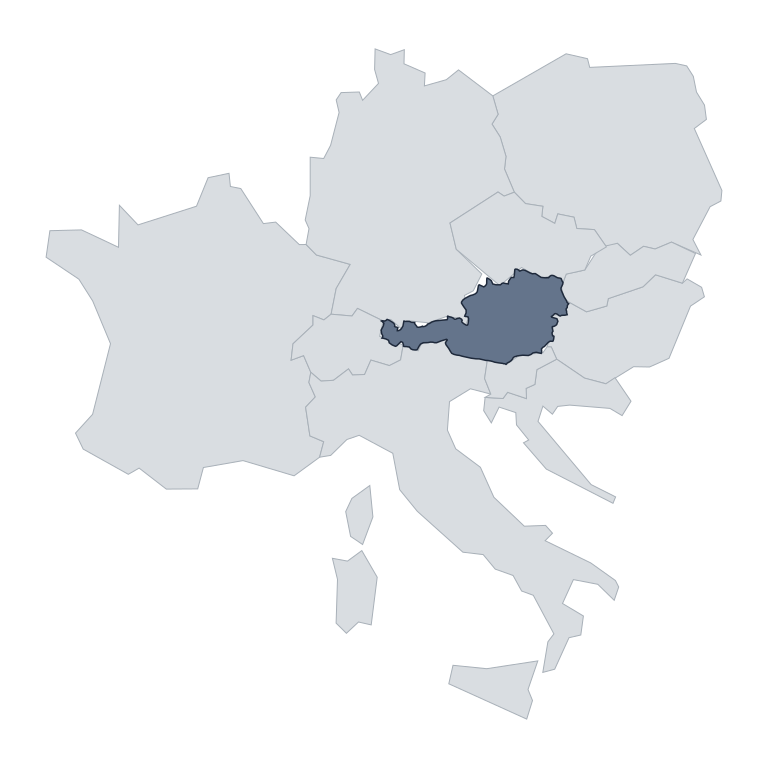 Austria shown with its bordering countries
{"feature_id": "AUT", "entity_name": "Austria", "entity_type": "country or territory", "adm_level": 0, "iso_a3": "AUT", "parent_name": "Europe", "parent_adm1": "", "projection": "orthographic", "projection_center": [13.446, 47.7], "detail": "fine", "context": "with_neighbors", "style": "filled", "palette": "slate", "viewbox_px": 768, "rotation_deg": 0, "n_neighbors": 10, "source": "natural_earth", "source_scale": "50m", "svg_char_len": 8235}
<svg xmlns="http://www.w3.org/2000/svg" viewBox="0 0 768 768"><path d="M306.1,244.5L316.4,255.0L350.2,264.4L336.2,288.5L331.1,314.2L323.9,319.9L313.0,315.6L313.0,325.0L293.0,343.8L291.1,360.2L303.6,355.6L310.8,372.3L308.9,382.5L315.3,396.9L305.6,407.2L309.9,435.9L323.7,441.7L319.6,457.2L294.1,475.8L243.0,460.6L203.4,467.5L197.7,488.9L166.3,489.1L139.1,468.1L128.3,474.3L83.2,449.1L75.5,433.1L92.6,414.3L110.5,343.7L92.7,301.0L78.9,279.2L46.1,257.2L49.9,230.7L81.5,229.9L118.5,247.3L119.4,205.3L138.0,224.9L196.5,206.2L208.1,177.7L229.0,173.3L230.4,186.5L240.8,188.6L263.4,223.6L275.7,222.1L299.3,244.6L306.1,244.5ZM351.9,498.4L369.8,485.5L372.9,516.9L362.6,544.5L350.6,536.4L345.7,511.6L351.9,498.4Z" fill="#d9dde1" stroke="#a8b0b8" stroke-width="1"/><path d="M693.3,76.3L696.5,92.1L704.5,105.1L706.4,119.4L694.3,128.5L721.9,190.5L720.9,201.0L710.1,206.7L692.9,239.5L700.9,255.0L671.5,242.1L655.1,249.0L643.6,246.3L630.3,255.3L617.3,243.3L607.9,249.0L594.4,229.6L576.8,228.5L574.0,217.2L557.8,213.9L554.8,223.4L541.8,216.4L542.9,206.3L525.5,203.6L514.3,192.2L504.5,169.0L506.0,156.4L500.2,137.0L492.0,124.1L498.1,114.3L492.8,95.9L566.1,53.8L587.5,58.7L589.7,67.4L675.3,63.4L686.7,65.9L693.3,76.3Z" fill="#d9dde1" stroke="#a8b0b8" stroke-width="1"/><path d="M687.1,278.9L701.6,287.3L704.4,296.8L690.5,306.1L669.0,358.3L649.5,367.0L633.6,366.7L605.9,383.8L584.5,378.1L556.7,359.2L551.3,347.0L547.1,346.8L554.5,322.9L549.4,315.2L563.2,314.6L564.4,299.6L586.5,311.8L606.8,306.0L608.3,298.6L643.0,286.8L655.5,274.8L682.4,283.2L687.1,278.9Z" fill="#d9dde1" stroke="#a8b0b8" stroke-width="1"/><path d="M492.8,95.9L498.1,114.3L492.0,124.1L500.2,137.0L506.0,156.4L504.5,169.0L514.3,192.2L504.1,196.1L498.0,192.0L450.0,223.0L456.3,249.3L481.8,274.0L473.3,290.8L464.5,295.4L467.9,319.3L465.5,325.5L457.9,317.9L446.1,316.6L428.4,322.8L406.7,320.6L402.8,330.1L390.7,319.4L383.2,321.0L357.5,308.4L352.0,316.0L331.1,314.2L336.2,288.5L350.2,264.4L316.4,255.0L306.1,244.5L309.0,228.6L305.2,220.0L310.2,195.7L310.2,157.2L323.7,158.5L330.6,145.3L339.1,112.5L336.2,99.9L341.1,92.6L359.3,92.0L362.6,100.3L378.5,83.4L374.6,69.5L375.1,48.9L390.6,54.6L404.3,49.7L404.0,63.8L425.1,73.0L424.4,85.9L446.3,79.7L458.5,69.9L492.8,95.9Z" fill="#d9dde1" stroke="#a8b0b8" stroke-width="1"/><path d="M556.7,359.2L584.5,378.1L605.9,383.8L615.0,377.7L631.0,401.2L622.1,415.6L609.9,408.4L569.7,405.1L557.7,406.4L552.4,414.2L542.9,406.1L538.0,421.4L591.1,484.6L615.6,496.9L613.0,503.3L546.3,469.1L523.5,442.8L528.7,440.0L516.5,424.9L515.8,412.6L499.1,407.1L491.3,422.9L483.7,410.7L485.1,397.4L503.0,398.5L507.6,392.3L526.5,398.6L526.1,388.4L534.9,384.4L536.9,369.6L556.7,359.2Z" fill="#d9dde1" stroke="#a8b0b8" stroke-width="1"/><path d="M383.2,321.0L379.6,336.3L403.2,345.0L400.6,359.9L389.3,365.6L370.9,360.1L364.6,374.5L352.5,375.0L348.5,368.9L333.5,380.3L321.1,381.1L310.8,372.3L303.6,355.6L291.1,360.2L293.0,343.8L313.0,325.0L313.0,315.6L323.9,319.9L331.1,314.2L352.0,316.0L357.5,308.4L383.2,321.0Z" fill="#d9dde1" stroke="#a8b0b8" stroke-width="1"/><path d="M403.2,345.0L418.2,350.8L421.3,343.9L446.0,338.1L451.4,350.9L487.3,360.5L484.6,378.5L490.8,394.1L470.4,388.8L449.5,401.6L447.4,430.1L455.7,448.8L480.4,467.3L493.9,497.3L524.3,526.2L545.6,525.4L552.5,533.2L545.1,540.7L590.7,562.9L615.4,580.5L618.7,587.0L614.2,600.3L597.8,584.3L573.4,579.6L562.5,603.5L583.4,616.0L580.8,635.0L569.0,637.7L554.7,669.2L542.8,672.4L547.9,641.8L553.9,633.9L533.3,595.3L521.6,591.0L513.1,575.5L495.2,569.1L483.2,554.6L462.9,552.2L417.3,511.3L399.7,489.7L392.8,453.3L359.2,435.3L346.9,439.5L330.7,455.4L319.6,457.2L323.7,441.7L309.9,435.9L305.6,407.2L315.3,396.9L308.9,382.5L310.8,372.3L321.1,381.1L333.5,380.3L348.5,368.9L352.5,375.0L364.6,374.5L370.9,360.1L389.3,365.6L400.6,359.9L403.2,345.0ZM486.7,668.7L537.8,660.9L528.0,689.5L532.5,700.5L526.7,719.1L448.8,683.8L453.0,665.3L486.7,668.7ZM347.5,561.1L361.8,550.6L377.2,577.2L371.2,624.9L358.5,622.0L346.4,633.3L336.1,623.1L337.5,579.4L332.4,558.3L347.5,561.1Z" fill="#d9dde1" stroke="#a8b0b8" stroke-width="1"/><path d="M487.3,360.5L508.1,363.2L520.6,354.6L542.6,353.1L547.1,346.8L551.3,347.0L556.7,359.2L536.9,369.6L534.9,384.4L526.1,388.4L526.5,398.6L507.6,392.3L503.0,398.5L485.1,397.4L490.8,394.1L484.6,378.5L487.3,360.5Z" fill="#d9dde1" stroke="#a8b0b8" stroke-width="1"/><path d="M695.5,253.5L682.4,283.2L655.5,274.8L643.0,286.8L608.3,298.6L606.8,306.0L586.5,311.8L564.4,299.6L561.4,287.0L566.2,274.1L584.8,270.0L599.4,247.4L617.3,243.3L630.3,255.3L643.6,246.3L655.1,249.0L671.5,242.1L695.5,253.5Z" fill="#d9dde1" stroke="#a8b0b8" stroke-width="1"/><path d="M514.3,192.2L525.5,203.6L542.9,206.3L541.8,216.4L554.8,223.4L557.8,213.9L574.0,217.2L576.8,228.5L594.4,229.6L606.4,246.9L590.8,256.1L584.8,270.0L566.2,274.1L563.1,282.3L551.7,275.9L540.5,278.2L521.5,267.5L499.8,285.6L456.3,249.3L450.0,223.0L498.0,192.0L504.1,196.1L514.3,192.2Z" fill="#d9dde1" stroke="#a8b0b8" stroke-width="1"/><path d="M381.1,330.2L383.3,325.9L383.9,323.2L382.2,321.5L381.4,321.0L382.1,320.7L384.6,321.1L386.2,320.3L387.1,319.4L389.3,320.3L392.4,322.2L393.9,323.4L394.5,324.4L394.8,325.1L394.6,326.4L395.3,326.9L396.9,327.2L397.9,327.6L397.4,329.3L397.3,330.7L398.7,330.6L400.6,329.6L402.0,327.7L403.0,325.9L403.8,321.4L404.0,321.0L405.1,321.4L409.4,321.4L411.5,322.3L414.7,322.5L414.6,323.2L415.2,324.4L416.5,326.0L417.2,327.1L418.7,327.3L421.1,326.8L422.4,326.2L422.9,326.7L425.1,326.3L427.0,325.1L427.5,324.1L429.4,323.5L432.0,321.9L435.6,320.8L447.1,319.7L447.6,318.7L447.5,316.4L447.8,316.1L449.2,316.7L451.6,317.3L453.3,318.1L454.5,319.2L455.6,319.2L457.2,318.5L459.5,318.0L461.6,319.2L462.2,320.3L461.8,320.9L461.8,321.9L462.5,322.7L464.2,324.0L466.4,325.2L467.5,325.1L468.0,324.0L468.4,321.4L468.6,318.6L468.1,317.0L466.9,316.6L465.5,316.5L464.7,316.2L465.0,315.3L466.1,313.0L466.1,310.0L463.6,306.5L461.5,303.2L461.5,302.1L462.8,300.1L464.8,298.5L469.4,296.0L470.8,295.4L472.6,295.0L475.2,293.9L476.5,292.8L477.3,291.6L478.5,285.4L478.8,285.1L479.2,284.8L483.8,286.9L484.2,286.6L484.9,286.2L486.4,284.5L486.7,283.3L486.7,280.9L486.8,278.7L487.1,278.0L487.8,278.2L489.7,279.4L491.3,280.7L492.8,284.0L496.2,284.8L500.5,284.8L502.0,283.4L503.4,283.0L505.0,283.4L508.3,283.9L508.6,281.2L510.5,278.4L511.4,277.4L513.8,277.5L514.3,275.4L514.8,269.7L515.3,269.1L517.1,269.2L518.9,270.2L519.4,271.0L520.3,270.9L521.6,270.3L523.0,269.9L525.2,270.4L530.0,272.9L532.4,273.8L534.0,273.6L535.4,273.6L541.1,277.4L545.1,277.8L548.6,277.7L549.7,276.4L551.2,275.4L552.8,275.4L554.2,275.9L557.0,277.5L558.2,277.9L559.9,278.1L561.1,278.5L562.3,281.4L563.0,282.2L562.9,282.6L562.8,284.0L562.0,285.8L561.0,288.1L561.2,290.1L564.1,296.8L566.6,300.9L567.1,302.5L568.7,303.7L567.4,305.3L567.2,307.6L566.3,308.6L566.1,310.0L566.6,311.1L566.6,312.6L567.2,314.7L565.0,315.2L562.2,315.3L561.3,315.4L560.4,316.0L559.4,315.8L556.9,314.0L555.5,313.6L554.5,313.8L553.8,314.6L552.6,315.7L551.4,316.5L551.7,317.2L556.9,318.7L557.9,321.3L557.0,323.6L556.7,324.6L555.6,325.5L554.1,326.3L552.4,326.6L552.2,327.7L553.0,331.2L552.5,331.9L552.0,333.0L552.6,335.8L553.7,336.0L554.0,336.6L553.8,337.8L553.7,339.0L553.3,340.3L553.2,340.9L552.4,341.3L550.1,341.2L548.2,342.4L544.4,346.5L543.0,347.2L541.5,348.8L541.7,352.3L541.5,352.6L541.2,353.4L536.4,352.3L536.2,352.3L533.0,352.9L530.9,354.5L528.3,355.5L522.7,355.2L517.2,355.9L516.0,356.4L514.6,356.7L513.3,357.6L512.5,359.0L511.2,360.6L509.3,362.0L507.2,363.0L506.7,363.9L506.0,364.4L504.9,363.7L503.9,363.8L502.8,363.4L498.9,362.9L494.7,362.2L492.7,361.5L490.4,360.9L487.9,360.5L485.7,360.4L484.6,360.1L479.3,358.9L475.8,358.8L471.2,358.2L462.1,356.2L459.5,355.4L456.9,355.1L454.0,354.4L451.7,353.3L450.3,351.2L448.7,348.4L446.0,344.7L445.4,342.9L446.3,341.3L447.2,340.1L447.1,339.6L446.4,339.3L441.4,340.8L436.6,342.7L434.6,342.7L432.8,342.2L430.4,342.1L428.0,342.6L423.3,342.7L420.5,344.1L418.7,346.8L417.6,349.1L416.8,349.8L415.2,350.0L412.7,349.7L411.0,349.0L409.3,347.0L406.6,346.6L404.1,346.5L403.4,346.1L403.5,344.8L402.6,342.4L401.0,341.6L396.6,345.9L395.4,346.3L392.1,344.9L389.2,342.8L388.9,341.4L388.5,340.3L386.0,339.0L383.0,338.2L382.0,338.1L382.4,337.5L382.8,336.3L382.6,335.4L382.0,334.4L381.6,333.4L381.5,332.4L381.4,331.6L381.3,330.8L381.1,330.2Z" fill="#64748b" stroke="#1e293b" stroke-width="1.5"/></svg>